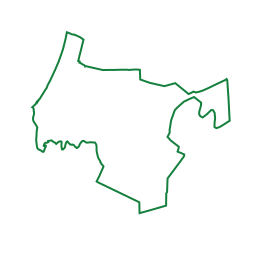 Viļāni, Vilanu, Latvia, rotated 282°
{"feature_id": "27541924B14325871037870", "entity_name": "Viļāni", "entity_type": "district", "adm_level": 2, "iso_a3": "LVA", "parent_name": "Latvia", "parent_adm1": "Vilanu", "projection": "equal_earth", "projection_center": [26.926, 56.548], "detail": "fine", "context": "isolated", "style": "outline", "palette": "green", "viewbox_px": 256, "rotation_deg": 282, "n_neighbors": 0, "source": "geoboundaries", "source_scale": "gbopen_adm2", "svg_char_len": 3350}
<svg xmlns="http://www.w3.org/2000/svg" viewBox="0 0 256 256"><g transform="rotate(282 128 128)"><path d="M192.9,210.1L192.7,209.9L187.6,203.2L184.6,199.4L182.8,197.0L181.6,195.3L180.5,193.8L179.7,192.6L179.1,191.5L178.5,190.5L177.9,189.3L176.9,187.1L177.2,184.5L173.8,180.3L179.7,168.8L180.4,167.4L181.7,164.9L179.6,160.9L176.5,154.9L176.7,140.0L177.1,136.8L178.0,129.9L187.4,127.5L187.0,124.4L186.6,122.4L185.1,117.2L184.8,116.2L184.9,115.0L184.3,112.8L183.5,108.9L182.1,103.1L180.6,96.3L179.8,92.8L179.6,92.0L179.5,90.8L179.5,89.0L179.7,74.3L179.6,73.9L179.4,73.5L179.5,73.5L180.4,72.0L180.8,70.2L181.4,68.9L181.4,68.7L181.7,67.8L181.8,66.9L183.0,66.9L183.1,65.4L187.5,65.5L189.0,65.5L189.5,65.6L205.2,66.1L206.9,62.1L208.2,56.1L208.0,55.9L208.0,53.3L208.2,52.7L208.6,50.7L208.9,48.3L202.2,48.4L195.8,48.2L191.4,48.0L186.4,47.4L178.1,46.3L174.2,45.5L170.6,44.8L158.7,42.1L153.1,40.5L149.8,40.0L148.7,39.4L141.5,36.8L139.8,36.1L138.9,36.0L133.4,32.6L134.5,34.0L133.2,33.5L132.3,32.7L130.2,31.3L128.4,30.0L128.2,30.5L127.6,31.4L127.2,31.7L126.4,32.0L125.3,32.1L124.2,32.7L122.0,33.2L120.8,33.1L119.5,33.0L118.6,33.0L117.7,33.1L116.9,33.3L115.8,33.7L115.1,34.1L114.5,34.6L113.4,35.8L111.8,37.4L111.0,38.0L109.9,39.1L104.8,39.5L103.8,39.7L102.0,40.0L100.0,40.3L97.7,40.5L94.9,41.4L94.1,41.7L92.2,42.3L90.9,42.9L89.9,43.3L89.2,43.8L88.6,44.6L88.2,46.1L87.7,48.1L87.1,49.0L87.1,49.4L87.0,49.9L87.1,50.1L87.2,50.3L87.4,50.4L88.0,50.6L88.4,50.7L88.6,50.7L88.8,50.6L91.0,51.0L91.7,51.1L92.3,51.3L93.3,51.4L93.7,51.3L93.8,51.1L93.7,50.6L92.4,49.6L92.1,49.5L93.5,49.3L95.0,49.5L95.8,49.8L96.4,50.3L96.6,51.3L97.0,52.3L97.5,52.9L98.6,52.5L100.0,55.8L98.9,57.9L98.8,58.2L98.6,58.9L98.5,59.8L98.2,60.1L97.6,60.9L97.5,61.1L99.0,62.2L100.0,62.9L100.8,64.3L101.0,65.3L100.5,66.0L97.0,66.5L94.4,67.4L93.4,67.8L93.5,68.9L95.0,69.9L95.8,70.2L96.4,70.4L96.9,70.3L97.3,70.3L97.8,70.3L98.7,70.3L99.9,70.4L101.5,70.7L102.3,71.5L101.5,72.5L100.6,73.6L100.4,74.2L99.8,75.0L99.9,75.5L99.8,76.1L100.3,77.1L100.0,78.6L98.6,80.3L98.5,80.9L98.0,81.4L97.8,81.8L97.8,82.2L98.2,82.7L99.2,83.4L100.1,83.9L102.0,84.2L104.2,85.1L105.8,86.1L106.1,87.3L105.9,88.2L105.3,89.5L105.1,90.8L105.7,92.7L106.1,93.8L106.5,95.3L106.5,96.4L106.7,97.4L106.9,98.6L106.2,99.5L105.1,100.4L103.9,100.9L102.2,101.4L100.4,101.7L98.4,102.3L96.2,103.3L93.6,104.5L92.7,105.1L91.8,105.8L90.1,107.4L89.0,108.2L88.5,108.3L88.3,108.7L87.4,109.5L85.4,112.0L84.4,111.9L82.0,111.4L80.1,111.0L77.2,110.4L74.3,109.8L73.1,109.4L70.7,108.8L69.2,108.4L68.9,109.1L68.8,109.3L68.3,111.1L63.0,132.9L60.8,142.0L60.3,143.9L58.5,151.3L57.7,154.5L47.1,157.0L51.2,164.9L60.0,181.4L71.1,179.2L71.7,179.0L73.4,179.5L76.6,179.0L82.7,177.9L85.1,177.5L86.9,177.2L93.9,180.4L94.2,180.6L97.0,181.9L100.1,183.3L100.5,183.5L110.2,187.9L112.2,188.7L113.8,188.5L114.8,183.9L114.8,183.5L115.2,181.4L118.5,181.7L120.2,181.6L124.0,173.8L124.7,172.3L124.8,172.1L125.4,171.5L127.5,168.5L132.0,169.7L133.1,169.5L134.7,169.1L144.6,168.6L155.3,170.1L158.9,172.4L165.4,177.2L169.1,182.0L172.0,186.2L168.0,194.3L164.9,194.7L158.8,194.3L156.1,194.8L154.5,196.4L153.9,198.9L158.0,202.4L162.8,205.6L163.2,207.3L161.0,209.5L155.6,211.2L151.0,211.6L147.0,212.4L146.2,214.4L147.3,216.3L148.1,217.5L149.7,219.3L156.3,226.0L156.7,225.8L178.4,220.0L195.5,215.1L196.4,214.2L194.9,212.9L192.9,210.1Z" fill="none" stroke="#15803d" stroke-width="2"/></g></svg>